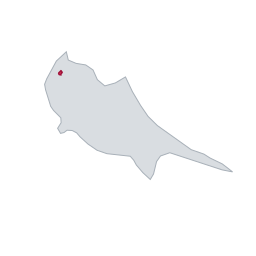 Theletra, Paphos, Cyprus (highlighted), rotated 53°
{"feature_id": "46923920B20325218232467", "entity_name": "Theletra", "entity_type": "district", "adm_level": 2, "iso_a3": "CYP", "parent_name": "Cyprus", "parent_adm1": "Paphos", "projection": "robinson", "projection_center": [32.457, 34.915], "detail": "fine", "context": "in_parent", "style": "filled", "palette": "rose", "viewbox_px": 256, "rotation_deg": 53, "n_neighbors": 0, "source": "geoboundaries", "source_scale": "gbopen_adm2", "svg_char_len": 1439}
<svg xmlns="http://www.w3.org/2000/svg" viewBox="0 0 256 256"><g transform="rotate(53 128 128)"><path d="M180.1,135.3L182.5,141.2L172.6,143.0L162.6,143.6L157.1,142.8L151.9,143.2L135.8,160.3L127.2,166.1L116.8,169.6L106.3,171.6L101.0,171.9L96.4,174.1L93.1,178.0L93.1,181.9L91.7,185.1L85.9,184.4L83.5,178.2L79.4,175.5L69.2,176.9L64.2,176.7L47.8,170.8L42.9,168.3L39.8,163.3L31.4,144.9L30.0,131.4L37.8,134.8L45.1,130.6L52.2,123.8L60.6,121.0L65.8,122.2L71.0,123.4L80.4,121.2L84.4,111.0L85.7,99.3L101.6,102.6L117.6,104.4L130.8,105.0L143.7,103.1L183.3,90.6L194.5,83.1L201.4,80.5L213.5,74.3L226.0,70.9L218.0,78.1L172.9,109.5L169.9,118.9L172.0,125.4L178.4,133.2L180.1,135.3Z" fill="#d9dde1" stroke="#a8b0b8" stroke-width="1"/><path d="M41.9,147.2L42.0,147.3L42.0,147.7L42.0,147.8L42.0,148.0L42.2,148.3L42.1,148.5L42.2,148.9L42.2,149.1L42.2,149.3L42.2,149.6L42.2,149.8L42.3,149.9L42.4,150.1L42.5,150.2L42.6,150.3L42.7,150.5L42.9,150.5L43.0,150.5L43.3,150.7L43.5,150.8L43.8,150.8L43.9,150.7L44.0,150.6L44.3,150.5L44.5,150.4L44.7,150.1L44.8,149.9L45.0,149.8L45.1,149.7L44.9,149.6L44.8,149.4L44.7,149.4L44.5,149.2L44.5,148.8L44.5,148.7L44.4,148.5L44.3,148.4L44.2,148.3L44.2,148.2L44.0,147.8L44.1,147.7L43.9,147.5L44.0,147.4L44.0,147.2L43.9,147.1L44.0,147.1L43.8,147.0L43.7,147.0L43.4,147.1L43.1,147.1L42.9,147.2L42.7,147.2L42.5,147.3L42.3,147.3L42.3,147.1L42.2,147.0L41.9,147.1L41.9,147.2Z" fill="#f43f5e" stroke="#9f1239" stroke-width="1.5"/></g></svg>